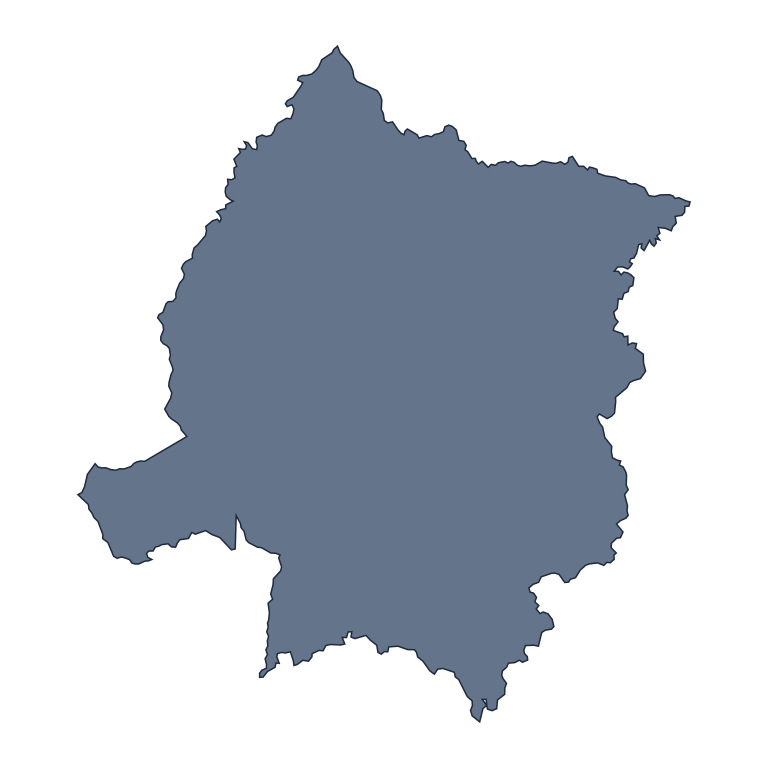 Recursolândia, Tocantins, Brazil
{"feature_id": "56859067B91371942486930", "entity_name": "Recursolândia", "entity_type": "district", "adm_level": 2, "iso_a3": "BRA", "parent_name": "Brazil", "parent_adm1": "Tocantins", "projection": "albers", "projection_center": [-47.121, -8.697], "detail": "fine", "context": "isolated", "style": "filled", "palette": "slate", "viewbox_px": 768, "rotation_deg": 0, "n_neighbors": 0, "source": "geoboundaries", "source_scale": "gbopen_adm2", "svg_char_len": 6099}
<svg xmlns="http://www.w3.org/2000/svg" viewBox="0 0 768 768"><path d="M337.5,46.1L333.7,49.5L332.0,52.9L321.8,59.7L318.7,66.8L315.8,70.5L311.8,74.0L306.8,75.4L302.7,75.4L298.7,77.0L297.6,80.1L302.7,82.7L301.1,85.8L293.3,97.3L287.4,100.6L285.4,103.8L287.2,106.6L292.0,104.7L293.9,109.0L293.0,113.5L290.8,118.8L286.5,118.3L277.8,123.3L275.1,127.2L274.1,131.1L271.3,135.2L266.1,136.6L262.2,135.0L256.7,137.3L256.1,142.0L257.3,145.6L256.7,149.6L252.4,148.8L247.9,142.6L244.2,141.7L246.6,145.7L245.6,149.0L242.3,149.3L238.7,148.6L240.4,152.5L233.9,159.2L236.8,166.4L234.0,168.0L234.0,172.7L235.1,177.8L231.7,179.7L227.6,179.3L228.1,184.4L225.6,187.7L225.2,192.0L226.2,196.2L229.9,199.5L233.2,201.1L225.8,204.9L225.6,208.7L221.3,209.6L216.6,211.6L219.6,214.9L221.3,218.5L219.7,222.0L217.4,219.2L212.5,220.8L205.8,226.4L206.5,230.9L205.5,235.5L197.4,245.1L194.1,247.9L192.2,254.7L192.4,258.2L185.8,261.6L183.3,264.3L181.5,268.3L184.4,274.3L183.4,278.7L179.8,282.9L176.7,290.4L175.8,293.7L176.0,297.7L172.9,301.4L168.2,301.7L166.0,303.8L162.9,312.4L159.1,314.5L157.6,317.8L162.9,324.7L163.6,329.8L160.8,336.8L160.8,340.4L163.2,343.6L166.9,345.7L169.3,348.3L170.4,355.3L169.3,359.3L172.4,366.9L173.1,370.4L171.2,374.1L169.0,382.5L168.8,386.2L171.8,392.9L170.6,398.2L164.7,409.1L168.8,416.3L171.3,418.8L177.2,422.8L180.2,426.0L181.3,430.0L186.9,436.5L144.7,461.3L140.6,461.0L137.1,461.8L133.9,463.4L131.1,466.5L124.1,468.9L119.6,468.8L116.0,470.2L110.9,469.6L105.8,467.8L102.0,467.9L98.2,467.1L95.1,463.7L87.4,474.4L84.6,486.6L81.9,492.5L77.9,494.6L88.4,504.6L88.9,509.1L91.9,513.0L94.0,517.6L97.9,521.3L102.9,534.6L102.7,538.6L107.9,542.5L113.6,556.3L117.2,558.3L121.2,557.0L125.0,557.9L129.5,559.6L132.0,563.1L135.2,564.0L138.7,564.0L144.8,561.2L148.6,560.8L151.8,559.5L147.9,557.4L146.5,553.6L148.7,551.1L153.1,551.0L155.4,547.0L158.8,546.2L161.5,544.7L168.0,543.8L171.5,546.9L175.6,547.2L177.3,543.1L179.8,539.7L188.4,538.5L191.9,532.4L195.2,534.2L205.6,530.6L211.8,534.5L219.9,537.6L231.4,549.9L235.2,548.9L236.2,515.5L240.4,523.5L241.1,527.6L244.0,531.2L246.2,539.9L248.5,542.5L257.5,547.2L261.6,547.7L270.7,553.0L275.9,553.3L280.0,555.0L278.7,557.9L281.6,566.9L280.6,570.9L273.4,578.8L273.1,584.5L270.7,594.1L272.6,599.2L268.1,603.2L269.4,612.8L268.7,619.9L267.5,623.0L268.2,627.2L266.7,631.9L268.6,636.3L267.3,641.0L267.8,646.0L265.9,649.8L267.5,654.5L265.1,658.8L266.5,664.3L266.4,668.2L261.8,670.3L259.6,673.2L259.6,677.3L263.1,677.1L267.5,671.5L275.1,667.3L275.9,663.0L279.2,663.3L276.8,656.7L277.4,653.6L281.6,652.4L285.3,653.0L290.4,651.8L293.3,660.7L294.0,665.5L297.4,664.4L302.8,660.3L308.5,661.2L311.9,657.0L312.1,653.7L319.0,650.4L323.1,650.8L326.0,645.4L330.8,644.5L340.6,645.0L344.8,644.0L342.2,637.5L346.5,637.5L348.1,631.9L351.8,631.8L351.0,637.0L354.9,638.6L366.0,635.4L370.2,640.0L376.8,645.3L377.9,652.3L381.3,654.2L384.3,651.6L387.8,651.8L388.8,646.9L398.0,646.2L407.7,649.6L414.4,649.7L416.5,652.3L417.7,657.0L423.0,661.2L429.8,670.8L434.4,674.2L437.6,669.2L443.0,668.5L454.3,672.3L455.3,676.9L458.7,679.5L467.3,696.6L472.1,700.8L472.4,705.7L470.5,710.4L472.2,715.9L479.7,721.9L482.9,708.7L486.7,705.3L487.5,709.1L492.1,710.7L496.7,708.7L497.5,699.9L504.7,694.3L504.8,688.1L506.5,683.4L503.0,678.5L501.7,675.3L502.4,671.0L506.7,667.1L508.4,663.2L514.7,662.6L519.4,660.2L522.4,662.3L527.7,660.0L527.3,656.5L524.6,653.7L523.8,650.2L525.5,645.6L533.6,645.2L538.4,646.2L541.7,632.5L545.3,630.2L551.5,629.1L553.9,626.6L552.2,619.4L548.0,613.8L543.2,612.0L540.1,613.6L536.2,609.0L538.8,605.6L534.8,601.8L536.5,597.4L533.6,593.1L530.2,592.2L528.8,588.0L533.1,584.3L538.6,582.3L541.2,576.8L551.9,573.2L555.5,573.2L559.1,574.5L564.8,582.5L568.6,582.1L570.3,579.3L575.5,577.7L580.3,570.0L585.8,565.2L589.4,563.9L597.7,562.9L603.8,565.4L606.8,562.4L610.4,562.7L614.2,559.3L613.9,555.1L616.3,553.0L611.2,547.8L611.3,543.4L616.7,538.2L620.4,537.7L623.0,532.0L616.5,524.0L620.3,520.7L626.0,518.1L628.2,515.3L627.0,511.0L627.5,505.7L624.6,494.7L628.2,489.7L626.2,485.0L626.6,475.2L625.7,471.8L623.1,466.9L619.3,465.0L620.7,461.0L617.2,460.2L612.5,457.8L611.4,451.7L611.7,446.3L604.8,437.5L602.6,427.1L599.7,423.2L597.1,416.8L599.3,414.0L607.1,418.6L611.4,416.3L614.5,413.1L615.7,401.5L615.5,397.3L626.9,387.7L629.7,382.5L633.5,380.6L640.4,378.6L645.6,371.2L643.5,362.7L643.3,354.2L635.4,348.5L636.5,343.6L632.3,342.9L628.0,345.0L627.8,336.1L624.0,336.8L622.6,333.7L613.3,330.4L614.2,326.7L618.1,321.8L615.2,318.3L613.7,312.2L617.3,308.5L618.3,298.8L622.2,299.3L623.9,293.4L628.2,291.6L629.2,287.1L632.8,285.6L633.9,277.7L630.8,274.7L627.4,272.8L623.9,272.1L621.1,274.9L618.5,271.4L614.2,271.2L617.8,266.9L622.8,266.9L627.8,269.0L630.3,266.7L632.3,263.6L629.4,261.8L630.8,258.7L634.0,258.0L636.5,253.4L638.7,244.5L641.8,243.9L641.1,247.9L644.1,250.6L649.7,240.3L651.5,244.1L654.0,246.2L656.3,243.0L655.3,238.7L659.6,239.9L656.8,235.9L659.9,233.3L658.2,227.5L664.9,228.2L671.3,230.8L672.7,226.8L676.3,223.2L675.2,216.4L682.0,215.3L684.6,212.2L684.9,206.4L688.9,206.1L690.1,201.9L686.2,201.0L678.9,197.7L675.1,198.4L673.0,196.0L669.5,194.7L660.5,194.9L654.7,196.5L648.7,195.6L644.5,187.9L635.3,183.7L631.3,184.1L627.9,183.0L625.8,180.7L620.8,179.9L615.7,177.4L605.3,175.9L597.6,173.2L597.0,169.4L593.4,168.0L589.5,167.1L587.6,169.9L583.7,166.3L578.8,166.3L572.4,156.4L569.0,157.7L568.0,162.1L564.8,164.3L560.6,161.7L556.3,163.3L552.9,163.2L542.2,161.1L535.0,165.2L529.9,165.9L525.0,165.2L520.5,166.3L517.2,165.2L514.1,162.3L510.8,161.3L508.1,163.1L504.7,161.5L498.4,162.7L495.5,165.3L491.2,164.4L488.2,167.3L482.2,161.3L478.5,164.0L476.3,161.5L475.3,158.4L471.9,158.5L467.9,151.9L465.0,149.6L466.2,145.3L463.8,141.3L458.9,140.4L456.2,129.9L452.4,126.5L448.7,125.1L444.9,126.8L443.4,131.7L439.1,133.6L434.5,134.5L431.5,136.8L426.8,135.6L418.9,138.1L417.2,134.8L407.4,129.0L405.1,131.1L403.9,134.7L400.9,133.1L398.0,129.9L392.5,121.8L387.8,123.0L384.3,120.4L383.3,113.5L381.3,109.5L381.8,100.2L380.5,95.7L377.3,90.8L357.0,81.5L354.0,77.6L352.8,70.7L351.0,66.1L348.9,62.5L340.2,52.9L337.5,46.1ZM486.7,705.3L482.2,699.4L486.2,699.4L486.7,705.3Z" fill="#64748b" stroke="#1e293b" stroke-width="1.5"/></svg>